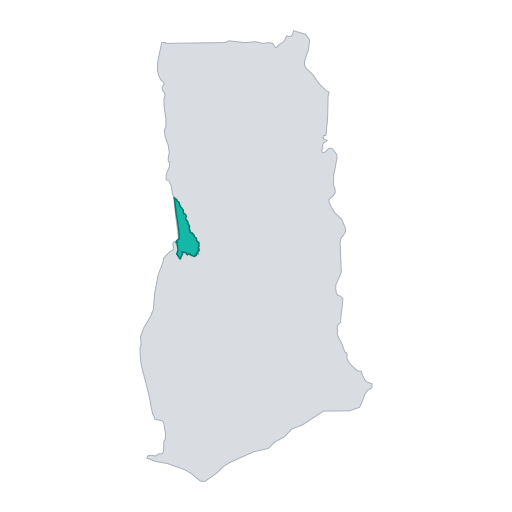 location of Banda, Brong Ahafo, Ghana
{"feature_id": "2480657B21856882152043", "entity_name": "Banda", "entity_type": "district", "adm_level": 2, "iso_a3": "GHA", "parent_name": "Ghana", "parent_adm1": "Brong Ahafo", "projection": "equal_earth", "projection_center": [-2.367, 8.353], "detail": "fine", "context": "in_parent", "style": "filled", "palette": "teal", "viewbox_px": 512, "rotation_deg": 0, "n_neighbors": 0, "source": "geoboundaries", "source_scale": "gbopen_adm2", "svg_char_len": 7315}
<svg xmlns="http://www.w3.org/2000/svg" viewBox="0 0 512 512"><path d="M305.5,34.3L308.8,38.5L309.6,40.9L308.4,50.0L306.0,56.4L304.4,62.3L304.6,65.3L306.1,68.3L311.2,73.0L313.8,76.0L316.9,80.6L320.4,85.1L326.5,91.0L329.0,92.0L328.9,93.7L328.1,95.9L327.6,117.8L327.2,123.4L326.7,126.3L326.2,134.4L325.6,135.6L324.4,135.5L323.4,135.8L323.1,137.4L323.6,139.1L327.2,140.3L326.4,141.5L323.7,142.7L322.5,145.1L323.0,147.9L321.5,150.2L322.0,151.7L322.9,152.8L324.5,152.4L328.7,148.6L330.5,148.2L332.7,149.0L336.8,154.7L337.0,157.6L335.3,167.2L333.7,174.6L333.5,184.5L335.2,190.1L335.0,193.2L333.1,195.8L328.9,199.7L329.2,202.3L331.2,207.1L334.7,212.6L341.7,219.3L345.4,228.1L345.5,231.6L343.4,235.2L340.9,238.3L340.1,242.8L341.3,272.2L335.8,284.9L335.7,288.6L336.3,292.8L337.8,295.4L340.6,296.1L342.9,298.6L342.1,307.5L340.9,316.7L340.7,321.1L340.0,323.2L337.9,324.9L337.1,327.8L337.6,331.3L337.2,334.0L338.4,337.4L340.9,341.6L345.0,352.2L346.5,353.0L347.2,355.2L346.8,357.4L348.4,362.0L352.8,366.7L357.6,370.8L361.4,371.4L362.3,375.0L364.8,379.7L366.6,381.7L369.5,383.0L371.9,383.7L372.0,387.6L367.7,390.3L364.8,394.4L362.6,400.6L359.6,407.3L349.1,410.9L345.1,410.9L323.5,411.1L303.3,424.4L291.6,429.2L284.5,436.7L274.8,442.0L268.1,448.5L254.2,451.6L231.2,461.8L224.1,465.9L216.8,473.0L205.0,481.3L200.4,481.2L191.2,473.4L184.2,469.5L167.2,463.5L154.6,461.2L148.4,458.7L146.8,458.3L148.2,455.5L151.7,455.3L155.4,456.1L158.2,454.0L162.4,453.7L163.5,451.5L163.8,445.9L163.8,441.3L165.2,439.3L165.6,434.0L163.6,422.2L162.1,420.8L154.7,419.1L154.2,416.8L152.8,414.3L151.4,408.2L149.8,399.2L147.2,387.9L142.3,369.4L141.0,362.9L140.2,356.2L140.0,348.2L141.0,345.3L140.9,341.1L140.4,337.0L143.9,327.6L150.8,316.1L152.3,311.9L153.5,309.0L153.7,304.9L154.9,291.4L158.2,275.2L160.3,269.1L161.7,265.8L163.4,260.4L163.8,257.8L170.1,251.5L173.0,249.8L173.7,247.3L172.7,244.5L173.1,242.7L174.6,241.7L177.0,241.0L178.6,238.4L176.0,218.4L173.8,198.4L173.7,196.8L172.4,194.0L171.2,185.8L169.0,181.0L166.1,179.6L166.1,175.0L169.1,167.4L169.9,162.9L168.4,161.5L168.2,158.0L169.3,152.4L168.7,148.9L168.2,145.2L165.1,136.5L164.3,130.3L165.9,126.7L165.9,118.9L164.2,106.7L163.9,99.0L165.1,95.8L164.5,92.8L162.3,89.9L162.1,87.1L164.0,84.3L163.8,82.2L161.4,80.6L159.3,76.9L157.4,71.0L157.8,61.5L161.4,44.0L161.8,42.5L165.9,42.6L165.9,43.4L178.5,43.2L192.9,43.0L210.2,42.8L225.8,42.6L226.5,41.8L229.1,40.8L244.9,42.6L254.8,41.7L259.0,42.3L262.1,43.5L268.9,42.7L272.6,43.2L275.3,47.5L276.4,47.5L278.0,45.7L280.7,43.6L283.5,41.9L285.5,38.5L286.7,35.9L288.5,36.4L291.1,36.2L292.8,34.1L293.5,30.7L305.5,34.3Z" fill="#d9dde1" stroke="#a8b0b8" stroke-width="1"/><path d="M199.0,243.5L198.8,243.3L198.8,243.0L198.7,242.5L198.4,242.7L198.0,242.4L197.8,241.9L197.2,241.4L197.2,241.2L196.7,240.9L196.5,240.2L196.5,239.6L196.4,239.1L196.4,238.8L196.3,238.5L196.3,238.3L196.3,238.2L195.9,237.7L195.1,237.4L194.8,237.1L194.4,236.7L194.2,236.4L193.9,236.1L194.1,235.9L194.2,235.5L194.0,235.4L194.0,235.2L193.8,234.9L193.6,234.7L193.3,234.7L193.2,234.5L193.0,234.3L192.8,233.6L192.5,233.2L192.4,233.3L192.0,233.6L191.9,233.6L191.5,233.2L191.4,233.0L191.2,232.9L190.7,232.4L190.3,232.3L190.0,232.2L190.0,231.9L190.1,231.4L190.1,231.1L190.2,230.6L190.0,230.4L189.9,230.4L189.6,230.1L189.6,229.9L189.6,229.6L189.5,228.9L189.3,228.4L189.1,228.1L189.2,227.9L189.4,227.5L189.3,227.3L189.3,227.2L189.4,226.7L189.5,226.3L189.4,226.1L189.3,225.8L189.0,225.6L188.9,225.2L188.9,224.9L188.4,224.1L188.2,223.9L188.1,223.7L188.0,223.1L187.9,223.0L187.9,222.7L187.8,222.4L187.8,222.0L187.5,221.1L187.2,221.0L187.0,220.8L186.9,220.9L186.7,220.6L186.5,220.4L186.5,220.0L186.3,219.8L186.1,219.8L186.0,219.7L185.9,219.1L185.8,218.9L185.7,217.9L185.8,217.8L185.9,217.3L186.3,216.8L186.3,216.7L186.4,216.4L186.1,215.8L185.9,215.2L185.7,215.1L185.6,214.8L185.4,214.4L185.0,214.1L184.9,214.0L184.7,214.0L184.4,213.8L184.2,213.9L184.1,213.4L183.6,213.2L183.4,212.8L183.4,212.6L183.3,212.1L183.2,211.9L183.3,211.5L183.2,211.3L183.2,211.1L183.3,210.7L183.3,210.4L183.3,210.2L183.1,209.8L182.6,209.4L182.5,209.1L182.3,209.0L182.1,208.8L182.0,208.7L181.7,208.0L181.3,207.5L180.9,207.3L180.8,207.2L180.7,207.0L180.3,206.3L180.0,205.5L179.8,205.2L179.6,204.8L179.5,204.5L179.5,204.2L179.5,203.9L179.2,203.2L179.1,202.7L178.9,202.4L178.3,201.7L177.6,201.5L177.3,201.3L177.1,201.1L177.1,200.6L176.9,200.3L176.9,199.8L176.7,199.5L176.4,199.4L175.4,198.8L175.0,198.4L174.5,197.8L174.3,197.7L174.2,197.8L174.4,198.3L175.0,203.2L175.1,203.8L175.1,204.5L175.5,206.7L175.5,207.9L175.7,208.8L175.7,209.8L176.4,214.9L176.9,217.8L177.2,219.2L177.7,222.1L178.0,224.8L178.1,225.5L178.1,226.1L178.7,229.6L178.9,231.4L179.0,235.0L179.1,235.8L179.2,238.1L179.2,238.6L179.1,238.8L178.5,239.4L178.0,239.6L176.6,240.7L176.1,242.7L176.1,242.8L176.3,242.8L176.5,242.9L176.5,243.0L176.6,242.8L176.8,242.9L176.9,242.7L177.0,242.9L177.2,242.7L177.3,242.6L177.5,242.5L177.5,242.8L177.3,243.0L177.4,243.3L177.3,243.5L177.3,243.9L177.3,244.0L177.2,244.4L177.2,244.5L177.0,244.9L177.1,245.3L177.5,245.7L177.6,246.0L177.6,246.5L177.5,246.8L177.5,247.0L177.7,247.4L177.7,247.9L177.8,248.3L177.9,248.8L178.1,249.0L177.8,250.6L177.7,250.9L177.6,251.1L177.5,251.8L177.5,252.4L177.2,252.9L176.9,253.2L176.7,253.3L176.7,253.5L176.8,253.7L176.8,253.8L177.0,254.0L176.9,254.2L177.0,254.3L177.0,254.5L177.5,254.9L177.6,255.2L177.7,255.3L177.8,255.6L178.0,255.7L178.0,255.9L178.2,256.0L178.3,256.3L178.5,256.5L178.6,256.8L178.7,257.0L178.8,257.1L179.1,257.2L179.4,257.8L179.5,258.0L179.5,258.4L179.5,258.6L180.0,258.8L180.3,258.8L180.3,258.6L180.5,258.5L180.7,257.7L181.6,256.0L181.7,255.5L181.8,255.3L182.3,254.8L182.5,254.1L182.3,253.7L182.0,253.2L182.3,252.5L182.4,252.0L182.3,251.7L182.5,251.7L182.8,251.9L183.5,252.2L183.8,252.4L183.9,252.5L184.1,252.4L184.3,252.2L184.5,252.4L184.8,252.5L185.0,252.6L185.4,252.6L185.6,252.7L186.2,253.0L186.3,253.0L186.5,253.3L186.6,253.6L186.5,253.9L186.6,254.0L186.7,254.3L186.8,254.3L187.2,254.5L187.3,254.7L187.5,254.5L187.6,254.4L187.7,254.2L187.9,254.1L188.3,253.8L188.6,253.9L188.8,254.2L189.1,254.2L189.3,254.1L189.6,254.1L189.9,254.4L190.0,254.5L190.1,254.4L190.1,254.5L190.3,254.6L190.5,254.7L190.9,254.8L191.1,255.2L191.3,255.2L191.3,255.3L191.7,255.4L192.0,255.6L192.4,255.6L192.5,255.6L192.8,255.8L193.1,256.0L193.3,256.1L193.5,256.0L193.8,256.1L194.0,256.2L194.2,256.4L194.3,256.3L194.3,256.1L194.5,256.0L194.8,256.1L194.9,255.9L195.1,255.8L195.1,255.7L195.4,255.5L195.7,255.7L195.9,255.6L196.0,255.5L196.0,255.4L196.0,255.2L196.1,254.7L196.2,254.9L196.4,254.9L196.4,254.7L196.6,254.5L196.7,254.0L196.6,253.8L196.8,253.6L196.9,253.4L196.9,253.5L197.0,253.4L197.1,253.5L197.0,253.4L197.3,253.4L197.3,253.0L197.5,253.1L197.4,252.9L197.5,252.8L197.6,252.7L197.5,252.4L197.6,252.0L197.8,251.8L198.0,251.7L198.0,251.0L198.2,250.9L198.2,251.0L198.5,251.2L198.7,250.8L198.8,250.5L199.0,250.5L199.0,250.4L199.2,250.2L198.7,249.8L198.7,249.7L198.4,249.6L198.2,249.2L198.3,249.1L198.8,249.4L199.0,249.4L199.0,249.2L198.9,249.1L198.9,248.9L198.6,248.7L198.7,248.4L198.7,248.1L198.6,247.8L198.3,247.5L198.0,247.5L198.0,247.4L198.4,247.2L198.3,246.9L198.6,246.8L198.7,246.6L198.7,246.2L199.0,246.1L198.9,245.4L198.9,245.2L199.0,245.0L199.0,244.7L198.9,244.4L198.7,244.2L198.8,244.0L198.7,243.8L198.7,243.7L198.9,243.6L199.0,243.5Z" fill="#14b8a6" stroke="#0f766e" stroke-width="1.5"/></svg>